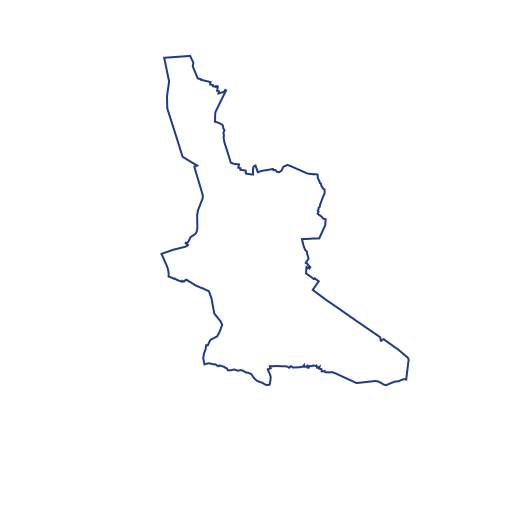 outline of Pitesti, Arges, Romania, rotated 218°
{"feature_id": "2599482B71034334572374", "entity_name": "Pitesti", "entity_type": "district", "adm_level": 2, "iso_a3": "ROU", "parent_name": "Romania", "parent_adm1": "Arges", "projection": "robinson", "projection_center": [24.855, 44.857], "detail": "fine", "context": "isolated", "style": "outline", "palette": "blue", "viewbox_px": 512, "rotation_deg": 218, "n_neighbors": 0, "source": "geoboundaries", "source_scale": "gbopen_adm2", "svg_char_len": 6042}
<svg xmlns="http://www.w3.org/2000/svg" viewBox="0 0 512 512"><g transform="rotate(218 256 256)"><path d="M450.4,355.7L431.9,340.0L424.5,327.1L416.8,317.7L391.0,300.1L375.0,289.0L370.6,289.5L369.6,289.6L358.1,291.0L359.6,288.6L359.1,288.0L338.8,273.6L335.3,271.0L334.8,270.5L334.1,269.5L333.4,268.3L332.1,263.8L330.0,256.8L329.4,255.4L329.0,254.7L328.2,253.2L327.5,252.0L326.2,250.3L323.3,246.7L320.6,243.4L319.4,241.8L318.9,241.0L318.3,239.8L317.8,238.7L317.5,237.6L317.4,236.7L317.5,235.6L317.8,234.4L318.9,231.7L319.0,231.2L319.1,230.6L319.1,230.0L318.2,225.8L318.1,224.9L318.2,224.6L318.4,224.0L318.8,223.6L319.5,223.2L319.3,222.7L316.4,222.8L316.5,221.8L317.1,220.3L318.7,218.1L321.7,214.3L323.0,212.6L324.7,210.5L331.8,199.5L323.2,194.9L321.6,194.1L319.4,192.8L317.7,191.7L316.1,190.4L313.8,188.2L312.2,186.0L309.5,186.9L309.3,187.0L306.5,187.6L306.5,188.0L305.9,188.2L304.9,188.4L304.1,188.4L301.7,189.1L299.2,189.9L298.6,190.1L298.8,191.0L297.1,191.4L296.7,193.9L296.0,194.0L296.0,194.5L285.0,195.7L282.9,196.3L278.0,197.6L277.9,197.9L275.2,198.3L271.5,199.3L265.1,195.3L253.5,185.0L243.6,182.7L240.3,181.0L238.2,174.6L237.1,168.9L240.2,162.0L240.1,160.4L239.0,156.0L240.3,155.1L238.4,151.5L236.8,146.8L234.6,142.9L229.9,138.9L227.4,142.2L226.6,142.8L226.1,142.9L223.4,144.2L222.2,144.8L221.1,145.7L219.2,145.6L218.3,145.8L217.4,146.4L217.6,147.1L215.8,148.0L215.0,148.2L213.0,149.0L211.1,149.1L209.8,149.5L208.8,149.0L207.7,148.7L206.9,149.1L206.2,150.0L205.3,150.6L203.5,153.0L199.8,154.4L199.0,155.1L197.9,156.5L196.3,157.4L194.3,157.8L193.3,157.8L192.5,157.9L191.9,158.2L190.3,159.2L188.7,159.5L187.9,159.9L187.3,160.0L185.5,159.7L184.3,159.1L180.9,158.3L178.3,158.3L177.1,158.6L172.8,160.0L171.9,160.2L170.4,160.2L168.3,160.8L166.6,162.4L166.1,163.1L167.4,165.6L168.0,166.7L169.6,169.3L170.1,169.8L170.5,170.2L171.4,170.8L173.4,172.0L176.9,173.8L177.0,174.0L175.3,176.5L176.4,177.1L177.3,177.6L177.3,177.8L175.9,178.6L174.7,179.7L173.0,181.2L171.1,182.7L167.8,185.0L164.6,187.4L163.7,187.9L163.0,188.2L162.4,188.3L161.3,188.3L161.0,188.5L160.8,188.8L160.9,189.6L160.9,190.4L160.7,190.6L160.2,190.8L158.3,190.9L157.9,191.1L153.6,194.8L152.3,196.1L151.5,197.1L151.1,197.5L151.0,198.1L150.9,199.6L149.8,198.4L148.7,199.3L148.3,199.7L148.0,201.0L146.6,199.8L146.1,200.1L146.5,200.6L145.9,200.9L146.6,201.8L145.2,202.8L144.4,203.5L144.0,204.0L143.4,205.0L142.6,205.4L141.9,205.8L141.5,205.9L141.2,206.3L141.0,206.5L140.9,206.9L139.9,206.4L139.1,205.6L138.4,206.2L138.2,206.8L137.8,207.8L137.7,207.5L137.7,207.0L137.5,206.2L137.2,206.0L136.2,206.5L135.5,206.8L134.6,207.1L133.2,205.5L132.0,206.6L131.6,207.0L131.2,207.7L130.1,207.0L127.7,208.6L126.5,209.5L125.4,210.4L124.7,211.3L124.0,211.5L121.0,212.5L98.5,217.8L85.1,230.9L82.3,232.4L79.2,233.0L76.2,233.3L74.0,234.3L69.6,242.0L66.2,245.5L64.9,248.3L64.2,249.1L63.8,249.8L61.6,251.2L61.7,251.3L68.5,262.6L71.5,267.7L72.4,268.7L73.1,269.0L73.5,269.2L73.8,269.3L74.9,269.4L78.6,269.5L82.0,269.7L83.1,269.7L85.2,269.8L86.8,269.8L87.1,269.8L91.4,269.5L96.3,269.4L100.5,269.1L104.1,269.1L104.5,268.9L105.1,266.2L105.3,266.1L105.5,266.1L105.8,266.2L106.2,266.6L107.8,268.2L108.1,268.3L108.8,268.4L109.8,268.3L111.0,268.3L113.8,268.1L115.8,268.0L117.7,267.8L121.0,267.7L127.3,267.2L129.4,267.2L137.0,266.6L138.4,266.6L142.4,266.4L144.3,266.2L146.8,266.2L150.7,265.9L157.8,265.6L172.7,264.6L190.4,264.2L191.0,274.7L194.1,274.6L196.0,274.5L196.0,273.7L196.2,273.4L200.1,273.4L201.7,273.3L204.7,273.1L205.9,273.1L206.5,274.0L207.2,275.1L208.4,276.7L209.3,278.3L207.8,278.2L207.8,278.8L208.0,278.8L207.9,279.3L206.2,279.1L206.3,280.6L208.8,280.9L208.8,281.0L209.4,281.1L209.8,281.1L210.0,281.2L210.1,281.3L210.7,281.3L210.8,281.4L210.9,281.5L211.0,281.6L211.9,281.5L211.9,281.4L212.4,281.3L212.4,281.2L212.6,281.2L212.7,282.7L212.9,286.2L216.8,289.1L218.9,290.9L219.2,291.0L220.0,291.0L220.9,291.0L221.1,291.1L222.1,291.7L223.7,292.6L224.2,293.0L225.7,294.0L228.7,296.4L230.2,297.6L225.1,301.9L222.5,304.3L217.0,308.8L220.4,322.8L223.8,327.9L225.7,326.9L227.4,327.1L227.8,327.3L229.7,327.4L231.1,327.2L233.4,327.2L233.9,329.3L235.2,329.6L235.2,330.7L236.2,332.3L236.3,332.7L236.0,333.9L236.9,335.6L237.4,336.8L240.2,345.9L240.1,346.4L240.5,347.6L241.3,348.7L242.0,349.5L242.8,350.6L245.0,350.4L245.7,351.0L247.3,351.3L249.6,353.1L250.4,352.8L252.6,354.2L255.3,355.5L255.7,356.0L257.6,358.1L258.5,357.6L260.0,356.7L260.4,356.5L260.8,356.2L260.9,355.7L261.3,355.6L262.2,355.2L264.8,353.4L265.9,352.9L267.0,352.4L269.2,351.9L271.7,351.3L277.6,349.8L283.1,348.4L284.6,348.0L285.7,347.6L286.8,347.3L287.0,347.3L287.3,347.2L287.5,346.7L287.8,345.9L289.0,344.0L289.2,343.6L289.3,343.0L289.2,342.4L288.6,339.9L288.5,339.0L288.6,338.3L288.8,337.8L288.9,337.5L289.4,336.3L289.7,336.0L289.7,335.9L290.8,335.4L291.5,335.2L292.2,335.3L293.3,335.7L293.9,335.5L294.5,335.0L294.8,334.5L295.2,334.4L295.6,334.5L296.1,334.9L296.2,335.0L300.0,330.8L302.3,328.3L302.9,327.7L303.5,327.0L304.6,325.6L305.9,323.5L306.0,323.3L306.0,323.2L306.3,323.2L309.6,325.4L310.5,325.9L312.1,327.0L313.0,325.0L312.4,323.6L311.8,322.6L311.5,322.2L311.1,321.5L309.7,319.9L308.5,318.4L310.7,316.9L311.0,316.9L312.6,315.9L313.0,315.7L314.8,314.7L316.7,317.0L321.4,314.3L322.3,315.6L324.3,314.7L325.8,317.7L329.8,315.2L330.6,314.9L333.3,314.0L342.3,320.3L345.0,322.1L347.1,323.6L348.9,324.7L351.2,326.4L353.5,328.5L354.7,329.5L355.1,330.8L355.3,331.1L357.4,332.9L357.8,333.7L357.9,334.5L358.2,335.4L358.5,335.8L358.7,336.0L359.7,336.2L360.3,336.4L360.9,337.0L361.8,337.8L362.6,338.4L363.0,338.6L365.5,338.4L366.3,338.2L369.4,337.3L371.0,336.5L371.2,336.8L373.1,339.5L374.4,341.1L376.5,344.2L377.1,346.8L377.6,349.2L377.6,349.4L378.7,354.4L379.8,359.6L380.1,361.0L381.5,368.0L382.5,367.9L382.3,365.9L382.5,365.3L383.8,363.6L385.6,361.0L386.6,362.9L387.3,362.5L387.9,362.6L388.4,362.3L388.8,363.2L390.5,366.1L392.0,365.4L391.5,364.6L394.5,363.3L395.1,364.1L397.8,363.0L399.0,365.0L407.9,361.0L408.2,361.4L411.2,360.1L422.5,366.4L424.4,369.8L431.1,373.1L448.9,357.0L450.4,355.7Z" fill="none" stroke="#1e3a8a" stroke-width="2"/></g></svg>